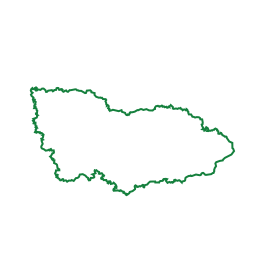 the district of Caracol, Mato Grosso do Sul, Brazil, rotated 63°
{"feature_id": "56859067B79798079212629", "entity_name": "Caracol", "entity_type": "district", "adm_level": 2, "iso_a3": "BRA", "parent_name": "Brazil", "parent_adm1": "Mato Grosso do Sul", "projection": "natural_earth1", "projection_center": [-57.105, -21.905], "detail": "fine", "context": "isolated", "style": "outline", "palette": "green", "viewbox_px": 256, "rotation_deg": 63, "n_neighbors": 0, "source": "geoboundaries", "source_scale": "gbopen_adm2", "svg_char_len": 5893}
<svg xmlns="http://www.w3.org/2000/svg" viewBox="0 0 256 256"><g transform="rotate(63 128 128)"><path d="M167.1,170.1L167.2,168.2L168.0,168.0L168.6,168.6L169.3,168.2L170.1,168.6L170.6,166.7L170.2,165.6L172.8,164.7L173.7,164.7L174.1,165.4L174.9,164.8L176.0,165.5L175.3,165.9L174.9,166.7L176.0,167.4L175.8,168.4L176.6,169.2L177.4,169.2L179.1,165.3L180.5,163.9L180.0,163.1L180.7,162.4L182.2,161.8L182.8,160.7L183.5,160.6L183.9,161.3L185.6,159.8L186.3,160.2L187.1,159.8L187.1,158.9L186.4,158.7L186.9,158.1L186.7,156.5L185.8,155.5L186.3,152.6L185.7,149.5L184.9,149.0L183.3,148.7L182.7,148.2L182.5,147.4L183.6,146.6L184.6,146.7L185.0,146.0L185.0,144.2L185.7,143.5L185.4,140.6L185.9,140.1L186.7,140.9L187.7,141.1L188.2,140.7L187.9,140.1L187.1,139.9L186.6,139.0L187.1,136.4L186.2,134.5L185.8,132.6L188.0,128.1L188.9,128.4L190.7,125.0L190.1,124.3L189.9,123.3L190.8,121.2L190.6,120.3L189.9,120.1L189.7,119.3L190.5,117.3L191.3,116.4L192.2,118.2L194.8,117.7L194.8,115.7L195.9,115.0L195.8,114.1L196.1,113.3L196.9,113.3L197.0,112.5L196.6,111.9L196.7,110.9L195.9,110.9L195.3,110.3L195.7,109.2L196.5,109.0L197.6,107.7L197.6,106.6L197.9,105.9L201.0,104.8L200.3,104.2L200.8,101.6L200.6,100.9L198.6,99.5L198.3,98.4L198.3,95.6L198.8,94.6L198.8,93.7L199.5,93.5L199.8,92.8L200.3,88.6L202.6,85.6L202.9,84.7L202.6,83.8L202.0,83.4L201.8,82.2L202.2,81.3L204.8,80.4L205.3,79.5L206.9,74.8L206.6,72.9L206.9,72.2L205.5,70.6L204.6,70.4L203.1,68.9L202.0,66.9L199.2,66.2L198.5,64.9L199.0,61.1L199.9,58.3L199.3,57.6L198.6,55.2L198.6,47.9L196.7,44.0L194.2,43.7L193.3,44.1L188.6,41.8L186.0,43.9L181.8,44.5L180.9,44.2L180.0,44.6L179.8,45.6L178.0,46.4L177.4,47.1L174.8,47.2L174.3,47.7L174.9,48.5L174.6,49.5L174.0,50.1L171.9,49.0L170.7,49.8L169.9,49.2L168.2,50.3L168.2,51.1L168.7,51.9L168.3,52.6L168.5,54.2L167.9,54.7L167.9,55.9L167.3,56.8L167.2,57.9L166.7,58.7L166.0,57.2L164.4,57.0L162.8,57.9L163.3,58.6L164.5,59.1L165.0,60.0L165.0,61.2L163.8,60.9L162.9,62.2L162.5,60.8L160.3,61.1L158.4,60.8L158.4,59.8L157.0,58.9L154.0,58.0L153.1,59.6L151.9,59.3L150.6,60.0L149.5,61.8L149.1,63.5L147.9,64.4L147.2,65.5L144.6,65.6L143.5,67.6L141.7,67.4L141.2,66.9L140.3,67.1L138.6,66.9L138.0,67.2L138.9,67.7L138.6,68.4L137.3,69.0L136.9,69.7L137.0,71.2L136.1,71.2L135.5,72.0L134.0,72.1L134.0,73.0L133.4,73.9L133.5,75.1L132.4,76.4L131.7,78.6L131.0,79.2L129.7,78.5L127.0,79.5L127.4,80.1L127.4,81.6L128.1,81.7L127.4,82.3L128.0,83.4L127.4,84.2L126.5,84.2L126.1,85.9L125.3,86.0L124.8,87.4L124.2,87.1L123.4,87.6L123.4,90.1L122.6,90.4L122.5,91.1L121.8,91.3L121.3,93.2L122.0,94.7L123.3,95.3L123.1,96.3L123.6,98.1L121.9,101.2L119.6,103.0L118.9,106.1L117.4,107.3L116.9,108.2L116.8,110.9L116.3,111.5L116.5,114.6L115.8,117.5L115.1,118.4L115.1,119.4L115.9,119.8L116.7,121.3L115.8,121.8L116.2,122.8L115.8,123.4L114.7,123.8L113.2,123.7L110.9,126.0L109.2,125.7L108.8,128.6L104.9,133.2L104.8,134.8L104.3,135.5L104.5,136.4L103.1,136.7L102.5,135.9L101.9,136.0L101.3,136.7L99.9,135.3L99.2,135.3L98.3,135.7L98.5,136.7L97.8,136.3L97.0,136.6L95.5,136.0L94.1,136.0L93.2,134.7L92.2,134.8L90.8,137.2L89.3,137.4L89.0,138.3L88.4,138.6L87.8,140.2L85.7,142.2L83.3,142.8L81.7,141.9L79.6,144.4L78.7,144.0L77.3,144.5L76.0,147.7L77.7,149.6L77.4,150.4L73.7,152.8L72.6,154.8L71.8,155.3L71.3,156.3L70.3,156.5L69.6,157.4L68.3,161.9L67.8,162.8L68.5,165.1L67.4,166.0L66.5,166.0L66.2,167.1L66.5,168.9L65.9,169.4L64.4,169.7L64.2,169.0L63.4,169.2L62.9,170.0L63.2,170.8L62.8,172.0L60.8,171.9L60.2,172.8L60.1,173.6L61.4,174.7L60.7,176.5L61.2,177.4L61.2,178.3L59.7,178.6L58.5,182.2L59.0,183.7L58.7,184.6L56.8,184.4L54.6,185.3L53.9,186.7L54.3,188.7L52.7,190.8L53.2,191.9L53.1,192.6L52.7,193.2L51.8,193.3L51.5,191.4L50.9,191.1L50.1,191.5L50.4,192.2L50.1,192.8L50.4,194.7L50.0,195.6L49.1,195.3L49.2,196.1L50.3,197.5L51.7,197.8L53.3,197.0L54.2,199.3L55.5,199.4L58.0,198.4L59.2,199.6L60.2,198.4L61.0,199.0L62.9,198.4L64.0,199.5L64.7,199.6L64.7,200.4L65.7,201.5L66.8,200.6L67.7,201.0L67.1,201.9L67.7,202.6L68.4,201.3L69.1,200.8L70.8,201.3L71.4,201.0L72.7,201.9L73.5,202.4L73.2,203.4L73.8,203.7L75.6,202.7L75.6,203.4L76.6,203.8L77.3,204.7L76.9,208.0L77.9,207.6L78.5,208.2L78.0,208.7L78.2,209.4L78.9,209.3L79.4,208.6L80.5,208.6L80.4,209.4L81.0,210.0L81.5,209.4L81.6,208.2L83.9,209.4L84.8,208.8L85.3,209.7L85.7,209.1L86.5,209.0L86.2,209.9L87.2,210.1L87.5,211.0L88.3,211.2L89.5,212.8L90.7,211.6L90.2,210.8L90.7,209.9L91.4,209.5L91.6,208.6L92.3,208.9L93.0,208.6L92.9,207.8L93.4,207.1L95.3,206.4L95.5,207.5L96.3,206.9L97.8,208.1L98.4,209.1L98.2,210.1L98.9,210.2L99.1,209.4L99.8,209.1L99.7,210.1L100.1,210.8L103.4,211.2L105.0,213.6L106.1,214.1L107.1,214.0L108.9,212.5L110.8,211.6L111.4,209.7L111.4,208.6L112.2,208.2L111.7,207.3L111.7,206.2L112.4,206.1L113.0,206.7L113.7,206.0L114.2,204.4L115.9,204.9L116.6,205.8L116.2,206.8L117.9,209.2L118.1,210.3L119.1,209.9L121.1,209.9L120.9,209.0L121.7,208.6L122.0,209.5L122.9,209.4L123.5,208.3L125.6,209.8L127.7,208.2L128.7,208.0L131.7,209.0L133.6,208.0L134.5,208.4L133.1,211.4L134.6,212.5L135.2,213.5L137.0,213.6L137.3,212.4L137.9,212.0L138.5,213.7L139.2,214.2L139.8,213.7L139.8,212.9L141.1,213.1L142.2,212.2L143.0,212.4L143.9,212.1L144.2,211.3L143.8,209.6L144.2,209.0L145.9,209.4L146.3,207.5L146.7,206.9L148.2,206.6L148.0,204.5L149.0,202.8L148.8,201.8L150.5,200.4L149.0,197.2L149.6,195.5L149.2,193.8L147.6,192.1L148.6,189.3L151.2,187.5L153.0,187.1L154.4,186.2L155.0,186.2L155.4,186.7L156.9,186.6L157.3,185.4L155.6,183.8L156.5,181.9L156.6,180.5L155.7,180.0L154.1,180.1L153.2,180.7L153.6,177.5L151.1,177.3L150.6,176.8L151.4,176.1L151.3,175.3L152.8,174.8L154.1,173.7L154.8,173.9L155.5,174.6L156.1,173.9L156.2,172.3L156.7,171.7L158.2,171.7L159.4,170.9L159.9,171.5L159.0,172.3L160.2,173.2L160.1,174.0L160.4,174.7L161.0,174.9L161.8,174.3L162.1,173.4L163.4,173.3L164.5,171.0L165.5,171.2L167.1,170.1ZM167.1,170.1L167.7,171.1L168.5,170.7L168.3,170.0L167.1,170.1ZM61.0,199.0L60.7,200.0L61.7,200.2L61.4,199.6L61.0,199.0Z" fill="none" stroke="#15803d" stroke-width="2"/></g></svg>